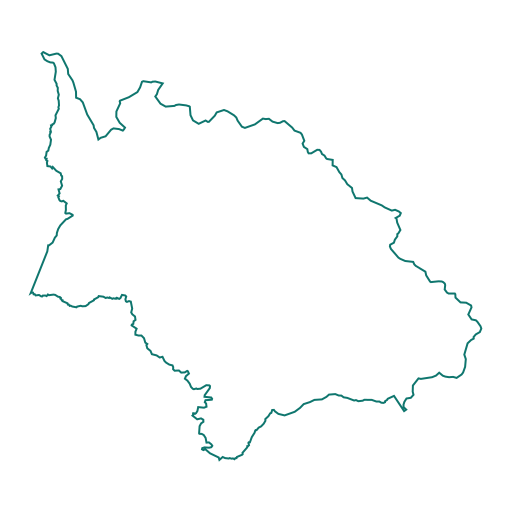 Mufulira, Copperbelt, Zambia
{"feature_id": "96606910B37180348733704", "entity_name": "Mufulira", "entity_type": "district", "adm_level": 2, "iso_a3": "ZMB", "parent_name": "Zambia", "parent_adm1": "Copperbelt", "projection": "mercator", "projection_center": [28.196, -12.561], "detail": "fine", "context": "isolated", "style": "outline", "palette": "teal", "viewbox_px": 512, "rotation_deg": 0, "n_neighbors": 0, "source": "geoboundaries", "source_scale": "gbopen_adm2", "svg_char_len": 5919}
<svg xmlns="http://www.w3.org/2000/svg" viewBox="0 0 512 512"><path d="M58.5,189.4L59.6,193.4L57.8,195.6L58.9,196.3L58.3,197.2L59.4,200.0L60.3,201.0L61.8,201.4L63.3,200.8L66.7,203.4L65.8,205.5L65.9,210.0L65.3,213.0L66.0,213.6L69.5,213.2L72.6,214.8L72.7,215.6L67.5,218.9L66.0,219.3L60.3,225.4L58.2,229.0L56.9,232.9L56.7,235.5L54.9,237.6L52.6,242.6L49.1,245.3L48.2,245.3L47.3,251.4L30.7,293.2L31.9,292.4L33.0,292.6L33.6,294.3L34.7,294.2L35.6,295.4L39.0,295.0L41.3,296.4L42.3,296.4L42.8,295.6L45.3,295.5L46.6,296.1L47.9,294.5L48.9,295.2L53.5,294.6L55.2,294.9L58.0,296.7L59.8,297.0L60.8,297.8L60.4,298.6L61.3,299.2L61.8,300.3L62.6,300.3L62.7,301.2L67.5,303.3L67.8,304.5L68.7,304.5L69.7,305.9L70.5,305.6L72.2,306.5L76.5,307.3L77.1,306.6L80.6,305.8L82.5,306.3L85.6,306.1L88.4,304.2L89.0,303.0L93.9,300.3L94.0,299.5L98.2,297.2L98.7,296.1L103.4,296.7L105.7,298.0L107.2,297.5L109.1,298.0L109.6,297.4L112.3,298.8L113.3,298.3L115.3,298.7L116.0,298.2L116.1,298.7L116.7,298.7L117.3,298.0L119.2,298.9L120.4,298.1L122.0,294.9L125.3,295.5L126.2,296.5L125.4,299.3L125.9,301.3L126.9,301.9L129.0,301.1L130.8,301.6L132.2,308.6L131.2,312.4L132.3,314.3L135.0,316.5L135.5,319.9L133.6,321.3L133.3,323.9L131.8,324.6L131.6,325.4L136.6,328.7L135.4,331.8L135.4,334.7L138.4,335.5L141.4,335.5L144.0,338.2L145.3,342.6L147.3,344.0L146.4,345.1L147.3,348.3L150.5,350.9L151.9,354.2L156.6,355.4L159.7,357.5L162.5,356.8L164.5,361.0L166.1,362.6L169.3,364.6L172.5,365.4L173.2,367.1L173.1,369.2L174.6,370.7L178.9,370.5L181.2,372.6L184.8,372.4L187.2,370.9L187.9,371.3L188.9,373.6L185.9,376.2L184.9,378.7L187.4,380.6L189.7,383.7L191.0,386.9L192.8,388.8L193.9,389.2L196.3,388.5L197.2,389.0L200.4,388.7L206.3,385.2L209.4,385.4L210.0,386.1L209.8,388.1L204.7,395.2L204.5,396.8L211.2,397.5L212.1,398.8L211.8,399.7L205.5,400.2L204.8,402.2L206.1,403.5L206.5,406.7L204.0,407.7L198.2,407.1L197.4,411.0L196.0,413.2L194.9,413.9L194.0,413.2L193.1,413.3L193.1,415.0L192.5,415.6L197.2,419.3L201.0,418.4L203.3,419.7L203.4,421.8L201.1,423.4L199.6,426.2L199.1,433.3L199.4,433.8L201.7,433.9L203.7,435.0L205.6,437.9L206.5,442.6L208.9,442.4L211.4,444.4L212.3,445.8L211.3,447.2L209.1,447.7L204.5,447.4L202.3,448.1L202.0,449.3L203.4,450.1L205.3,449.2L210.0,453.3L218.7,457.5L219.4,459.9L222.7,457.0L225.1,458.1L228.8,458.5L229.6,458.1L231.8,458.7L232.9,458.4L234.5,459.2L235.4,458.1L236.5,458.1L236.9,457.0L242.2,454.7L242.7,454.1L242.5,452.8L247.2,447.4L247.3,446.1L248.1,446.1L249.0,445.2L248.4,442.9L248.7,442.3L249.9,442.3L251.8,437.1L254.6,432.7L255.1,430.9L255.6,430.1L256.5,430.2L258.7,427.6L261.1,426.4L263.7,423.7L265.4,420.8L265.3,419.1L268.4,416.2L270.2,413.3L271.3,412.9L272.2,410.0L273.9,409.9L274.9,411.3L278.4,413.9L284.6,415.4L294.7,411.8L300.0,407.9L303.7,404.1L309.9,402.1L314.4,399.9L321.9,399.4L326.4,396.9L329.0,394.6L335.3,394.1L338.7,395.5L341.4,395.6L343.6,397.3L347.3,397.9L354.1,400.5L356.0,400.1L358.3,401.2L362.7,400.7L364.3,399.8L371.8,399.9L376.3,401.5L379.3,401.5L381.3,402.7L383.5,402.9L385.0,402.2L385.1,401.2L387.1,399.9L387.7,398.8L394.0,395.9L404.1,411.1L406.2,409.6L403.6,407.1L403.5,404.7L404.4,401.8L406.5,398.5L410.8,397.8L413.5,394.8L412.7,391.7L412.9,385.5L418.5,378.4L420.9,378.9L432.1,377.2L436.0,375.6L439.2,372.7L442.8,375.7L445.3,376.6L449.1,377.2L453.1,376.9L456.6,377.9L461.6,374.5L463.1,372.5L465.1,366.9L465.8,359.1L464.3,354.6L467.6,343.3L471.1,340.0L473.7,338.6L473.6,337.0L475.8,334.4L479.8,332.1L481.3,328.6L480.5,326.2L477.4,321.8L475.9,320.3L471.6,319.4L468.3,314.5L471.5,307.4L471.1,305.5L466.2,302.7L460.5,302.4L455.5,297.6L455.3,294.2L454.8,293.5L448.6,293.5L447.0,292.6L444.7,289.5L445.2,285.1L444.8,283.6L443.3,282.2L441.8,281.5L438.6,281.3L430.9,282.1L430.1,281.6L426.2,275.4L425.4,271.7L415.8,265.9L414.3,264.4L413.2,261.9L405.2,261.0L400.2,258.8L398.4,257.6L390.9,248.9L389.9,246.4L390.2,244.7L393.9,242.7L394.9,239.6L397.3,236.4L397.3,234.1L398.3,233.4L400.4,230.0L397.2,222.6L396.5,218.6L395.7,218.0L399.7,215.7L400.8,213.1L398.9,211.5L395.1,209.8L391.8,210.6L384.7,207.4L381.8,205.4L370.7,200.7L367.1,197.6L363.4,198.6L355.6,198.1L352.5,191.5L352.0,188.0L347.3,184.2L345.0,180.4L342.4,178.0L341.4,174.5L339.3,172.1L336.5,167.1L332.6,165.4L332.7,159.9L327.1,159.0L326.2,158.4L324.5,155.6L322.0,154.0L321.0,151.6L319.5,149.9L317.2,149.8L311.3,153.3L308.6,153.3L307.8,151.9L307.3,149.1L303.9,146.9L302.6,143.6L304.3,140.8L301.9,134.5L300.5,132.8L294.5,130.6L292.2,127.6L284.6,121.1L283.0,121.2L280.0,122.8L277.6,123.1L272.5,121.6L268.9,118.8L265.7,119.1L262.9,118.6L254.9,124.4L244.9,127.9L241.9,126.7L237.6,120.6L236.3,117.5L234.0,115.3L227.5,111.3L224.0,110.0L216.7,112.4L214.8,115.7L208.9,121.8L207.8,121.9L205.6,120.5L198.7,123.8L193.0,120.4L190.5,115.2L189.8,106.7L189.3,106.3L186.2,105.4L179.0,104.5L176.0,105.0L174.4,105.9L165.7,106.6L160.5,103.7L155.3,96.5L156.9,94.2L158.2,89.9L162.7,83.4L155.3,81.5L152.5,81.7L151.2,82.4L143.3,81.2L142.0,81.8L140.1,87.4L137.4,92.1L128.9,97.2L120.0,100.7L119.7,101.3L120.2,103.3L116.4,111.5L116.3,116.9L119.7,122.8L125.0,127.6L124.0,129.3L122.8,130.6L119.1,129.1L113.5,128.4L111.1,129.7L105.6,136.3L100.7,137.8L98.4,139.5L96.4,131.9L94.0,127.9L93.6,125.3L87.2,114.5L82.8,102.4L80.0,99.2L76.1,97.7L76.0,91.7L73.4,82.7L72.5,80.4L68.2,74.0L67.8,68.9L61.4,56.1L58.1,53.7L56.4,53.6L49.4,55.3L43.2,52.1L41.6,53.6L44.5,59.4L47.3,61.2L50.3,62.4L52.9,62.6L53.9,63.3L55.5,67.3L55.8,71.7L54.5,79.8L56.6,83.8L56.6,85.5L57.8,87.8L57.7,90.9L58.8,94.7L57.9,98.3L58.7,100.7L59.0,105.4L58.4,107.2L58.8,108.8L55.5,115.3L55.8,118.1L54.6,122.4L53.8,123.7L52.3,124.4L52.2,125.2L51.0,125.4L51.3,126.8L50.2,128.8L50.9,131.8L50.2,132.0L50.4,133.2L49.6,134.9L49.6,136.5L51.0,139.7L50.3,144.7L48.8,148.0L48.3,150.6L46.6,151.9L46.1,155.6L44.9,157.6L45.6,158.8L46.6,158.8L46.3,160.3L47.4,161.0L46.9,162.7L47.4,166.1L50.5,166.5L52.1,168.4L52.8,167.0L56.3,170.8L60.7,173.3L61.2,175.5L62.1,176.2L62.2,178.9L60.8,181.4L62.1,185.7L60.3,189.1L58.5,189.4Z" fill="none" stroke="#0f766e" stroke-width="2"/></svg>